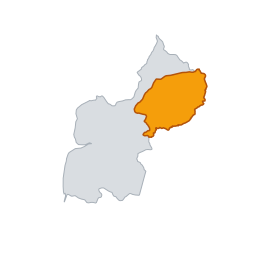 Upper Takutu-Upper Essequibo highlighted on a map of Guyana, rotated 237°
{"feature_id": "GUY-674", "entity_name": "Upper Takutu-Upper Essequibo", "entity_type": "Region", "adm_level": 1, "iso_a3": "GUY", "parent_name": "Guyana", "parent_adm1": "", "projection": "albers", "projection_center": [-59.289, 2.847], "detail": "fine", "context": "in_parent", "style": "filled", "palette": "amber", "viewbox_px": 256, "rotation_deg": 237, "n_neighbors": 0, "source": "natural_earth", "source_scale": "10m", "svg_char_len": 7504}
<svg xmlns="http://www.w3.org/2000/svg" viewBox="0 0 256 256"><g transform="rotate(237 128 128)"><path d="M82.0,119.4L76.6,113.3L71.2,107.3L65.9,101.4L65.6,100.6L67.8,97.7L69.8,95.7L71.5,94.6L72.2,93.6L71.6,89.2L71.7,87.6L70.9,85.9L70.3,84.0L71.0,82.4L71.8,81.3L72.9,80.9L75.3,80.5L77.1,80.4L77.7,79.7L78.7,79.0L80.1,79.0L82.7,79.5L83.9,78.5L86.0,77.2L90.9,75.0L92.0,73.5L92.7,71.2L92.6,70.2L92.1,69.8L90.9,69.4L89.1,69.4L87.6,69.9L86.1,69.6L84.8,68.2L84.8,67.1L85.5,65.4L85.1,64.3L82.7,60.9L82.7,60.0L84.4,58.4L85.4,57.1L86.8,54.0L87.9,52.9L91.3,52.6L92.1,51.9L93.8,50.2L96.4,48.3L100.1,46.8L101.2,44.1L101.8,43.3L104.7,41.9L105.3,41.1L105.2,40.4L100.5,34.2L101.4,34.7L105.1,38.7L107.1,39.6L107.5,39.6L107.5,38.5L109.4,39.0L114.2,41.7L121.2,46.3L131.0,54.9L133.8,58.2L135.7,59.7L138.7,63.5L139.5,65.3L139.4,72.6L136.8,77.6L136.2,81.3L136.1,86.3L134.6,89.1L136.6,87.6L137.2,83.1L138.9,80.4L141.1,77.4L144.1,76.7L147.3,77.9L149.8,78.1L152.1,79.0L156.9,83.8L161.6,87.6L163.3,90.6L168.3,92.1L171.3,94.5L172.2,96.5L172.8,101.9L171.9,110.1L172.1,110.5L170.8,112.1L170.5,113.1L169.7,115.0L169.0,115.9L170.0,118.2L171.1,118.3L171.5,118.6L171.8,119.0L171.8,119.5L171.3,119.9L170.2,120.5L169.2,121.8L169.3,123.2L168.7,124.0L166.6,124.4L162.6,124.4L160.6,124.5L159.0,124.7L158.0,125.7L156.7,126.3L155.6,126.5L154.7,127.5L153.8,129.1L154.1,130.1L155.1,131.5L155.6,133.0L154.9,135.3L154.1,137.1L153.6,138.4L153.0,141.1L151.4,144.0L150.3,145.6L150.3,147.4L150.9,149.9L154.1,153.6L155.1,155.4L156.0,158.3L158.8,160.5L160.6,162.3L160.5,164.7L160.7,165.4L161.8,166.0L163.2,166.5L164.7,166.4L166.0,166.2L166.4,165.9L169.5,165.9L169.8,166.4L170.0,169.9L170.1,171.3L170.9,171.8L171.3,172.7L171.3,173.5L171.5,175.4L171.9,176.4L171.9,178.5L172.2,179.2L173.0,179.7L174.1,181.2L174.5,181.4L174.7,181.9L175.7,184.0L176.2,184.6L176.5,184.7L176.6,185.4L177.3,187.4L177.8,187.9L178.6,189.3L179.0,190.9L180.1,192.6L181.3,193.9L181.8,195.2L183.3,198.0L184.8,200.0L186.7,200.5L188.4,200.8L189.4,201.6L190.4,202.4L189.3,202.8L188.4,203.3L187.0,202.9L185.2,203.1L183.2,203.7L181.4,204.0L178.0,203.1L177.0,203.0L176.3,202.6L174.9,200.8L174.2,200.6L172.4,201.4L170.2,202.0L169.2,201.9L167.9,202.5L166.7,203.3L164.5,206.7L163.4,208.0L162.1,208.5L159.6,208.5L157.0,208.6L155.0,209.5L153.2,209.9L152.2,210.0L151.9,211.8L151.5,212.7L150.9,213.2L149.5,213.4L148.2,213.3L147.4,212.5L145.9,212.1L144.6,211.9L143.8,211.4L143.1,211.5L142.5,212.3L142.1,213.0L141.7,214.2L139.7,214.6L138.9,215.3L139.4,217.6L139.2,218.5L138.7,219.2L136.4,219.4L134.3,219.3L133.2,220.2L131.7,221.2L130.8,221.4L129.8,221.3L128.4,220.2L127.1,218.7L123.7,217.7L120.4,216.9L118.2,214.7L117.7,213.5L116.7,213.1L114.1,210.4L112.6,208.7L111.1,208.2L109.3,207.5L109.4,206.2L109.3,205.0L108.5,204.5L107.4,204.2L107.0,203.5L107.1,202.0L107.4,197.9L107.1,194.0L104.7,192.7L103.6,191.8L101.8,186.0L101.0,183.4L100.9,181.5L101.5,175.7L102.2,173.3L104.1,168.3L105.1,166.6L105.2,165.3L105.1,163.7L104.5,160.5L107.7,158.5L109.0,157.7L109.2,156.3L110.9,154.6L111.6,153.0L112.3,151.7L112.1,151.0L111.4,150.6L110.5,149.4L108.7,145.9L108.1,145.2L107.5,144.2L107.8,142.7L108.5,141.0L108.4,140.3L107.3,139.4L105.1,137.9L103.2,137.8L101.8,137.2L99.7,137.1L98.0,137.0L97.1,136.4L97.3,135.5L97.7,134.8L99.1,133.0L100.1,131.1L100.2,129.3L100.5,126.9L100.9,124.8L101.1,122.4L98.9,120.8L98.2,119.6L97.3,118.4L96.3,118.4L94.7,117.9L92.4,119.4L90.5,119.2L89.2,119.7L86.2,119.6L84.3,118.9L82.0,119.4Z" fill="#d9dde1" stroke="#a8b0b8" stroke-width="1"/><path d="M111.3,150.9L111.1,150.8L111.1,150.1L110.9,149.8L110.5,149.2L109.7,148.4L109.4,148.0L109.5,147.4L109.8,147.0L109.9,146.6L109.3,146.2L108.2,145.8L107.8,145.5L107.5,144.8L107.5,144.6L107.5,144.3L107.5,143.9L107.6,143.7L107.8,143.4L107.8,143.1L107.6,142.8L107.5,142.7L107.8,142.2L108.6,141.3L108.8,140.7L109.1,140.5L110.0,140.6L110.6,140.5L110.8,140.4L111.0,140.3L111.2,140.1L111.3,139.9L112.1,138.3L112.3,138.0L112.5,137.7L112.9,137.4L113.1,137.3L113.3,137.2L113.9,137.0L114.4,137.2L114.6,137.7L114.8,138.1L115.1,138.9L115.2,139.4L115.2,139.7L115.1,139.9L115.0,140.0L114.8,140.4L114.7,140.9L114.8,142.0L114.9,143.1L114.9,143.3L114.8,143.5L114.5,143.9L114.4,144.1L114.3,144.4L114.3,144.7L114.3,144.9L114.5,145.1L114.7,145.3L114.9,145.4L115.8,145.8L116.1,146.0L116.5,146.1L119.9,146.2L121.4,145.9L121.8,146.0L122.3,146.0L122.5,146.0L122.9,145.9L124.0,145.4L124.4,145.3L124.5,145.3L124.9,145.4L125.0,145.5L125.3,146.2L125.5,146.8L125.5,147.1L125.7,147.3L127.4,149.6L127.7,149.8L127.8,149.9L128.2,150.0L129.0,150.0L129.3,150.0L129.4,149.9L129.6,149.8L130.0,149.5L130.7,148.8L131.2,148.2L134.6,145.2L135.2,144.1L135.6,143.7L136.0,143.4L136.5,143.0L137.1,142.8L137.4,142.7L137.8,142.7L138.0,142.7L138.6,142.8L139.3,143.1L140.5,143.6L140.9,144.3L142.4,146.5L143.5,150.0L143.5,150.6L143.3,151.3L143.3,151.6L143.3,152.1L144.1,155.4L144.3,155.9L144.5,156.3L146.9,159.8L147.7,161.5L147.9,161.9L147.9,162.4L147.9,163.0L148.8,166.4L148.8,166.9L148.7,168.1L148.8,168.8L148.9,169.5L149.2,170.3L151.9,174.1L153.5,177.9L153.6,178.4L153.5,178.6L151.5,181.3L151.1,182.0L151.0,182.6L151.0,183.0L151.2,186.3L151.2,187.0L151.2,187.5L151.1,188.0L150.8,188.9L149.0,192.3L145.0,203.6L144.0,205.4L143.0,207.0L141.7,210.0L141.4,210.4L140.3,211.5L139.4,212.8L139.2,213.4L139.0,214.9L138.7,215.3L138.9,215.8L139.3,216.8L139.5,217.4L139.5,218.0L139.4,218.4L138.6,219.7L138.4,219.7L138.2,219.6L137.9,219.3L137.7,219.2L137.2,219.5L134.4,219.3L134.0,219.3L133.7,219.6L133.0,220.6L132.6,221.0L132.1,221.4L131.5,221.6L131.0,221.7L130.5,221.8L130.1,221.7L129.6,221.5L128.9,220.9L128.7,220.4L128.6,219.9L128.1,219.3L127.7,218.9L127.2,218.6L126.0,218.2L121.8,217.4L120.1,216.9L119.7,216.6L119.4,216.2L118.8,215.0L118.6,214.7L118.1,214.4L118.0,214.0L118.0,213.5L117.7,213.1L117.4,213.1L116.9,213.2L116.6,213.2L116.3,212.6L116.2,212.5L116.1,212.4L115.8,212.4L115.7,212.3L115.4,212.1L114.9,211.2L114.7,210.9L113.9,210.3L113.5,209.7L112.8,208.6L112.2,208.1L111.7,208.0L111.2,208.0L110.8,208.1L110.3,208.2L110.0,208.1L109.7,208.0L109.5,207.8L108.9,207.2L109.3,206.4L109.8,205.4L109.8,205.1L109.6,205.1L109.3,205.0L108.3,204.6L108.0,204.6L107.5,204.8L107.2,204.8L107.0,204.5L106.8,204.0L106.8,203.4L106.8,203.0L106.9,202.7L107.2,202.3L107.3,202.0L107.4,201.7L107.3,201.1L107.4,200.9L107.5,200.4L107.5,200.2L107.4,200.0L107.2,199.4L107.1,199.1L107.2,198.8L107.5,198.4L107.6,198.1L107.5,197.9L107.3,197.1L107.3,196.1L107.4,195.2L107.4,194.3L106.9,193.7L106.6,193.6L106.1,193.6L105.9,193.5L105.6,193.4L104.8,192.7L103.8,192.2L103.3,191.8L103.0,191.3L103.1,191.1L103.3,190.7L103.3,190.4L103.3,190.1L103.2,189.6L103.2,189.3L102.5,187.6L102.4,187.2L102.4,186.8L102.3,186.6L102.1,186.2L101.7,186.0L101.6,185.9L101.7,185.5L101.7,185.4L100.9,183.8L100.8,183.3L101.0,179.1L101.5,177.1L101.6,176.5L101.5,175.1L101.6,174.4L101.9,173.8L102.6,172.7L102.9,172.5L103.0,172.4L103.1,172.1L102.9,171.8L102.8,171.7L103.2,171.6L103.3,171.5L103.2,171.3L103.0,171.1L103.0,170.9L103.0,170.6L103.1,170.4L103.3,170.2L103.8,168.8L103.9,168.6L104.6,167.5L104.8,166.6L105.1,166.6L105.4,166.4L105.4,166.2L105.2,165.9L105.2,165.7L105.3,164.5L104.9,164.7L105.0,164.2L105.4,163.2L105.2,162.5L104.7,162.0L104.3,161.4L104.3,160.7L105.0,160.0L107.1,159.2L108.0,158.3L108.6,158.1L108.8,157.9L109.0,157.6L109.0,157.4L109.0,157.2L109.0,156.9L109.2,156.2L109.5,155.9L110.6,155.4L111.1,155.0L111.1,154.7L111.0,154.3L111.0,153.7L111.1,153.2L111.5,152.6L112.0,152.1L112.4,151.9L112.7,151.9L112.8,151.7L112.8,151.3L112.6,151.1L112.3,151.0L111.5,150.9L111.3,150.9Z" fill="#f59e0b" stroke="#b45309" stroke-width="1.5"/></g></svg>